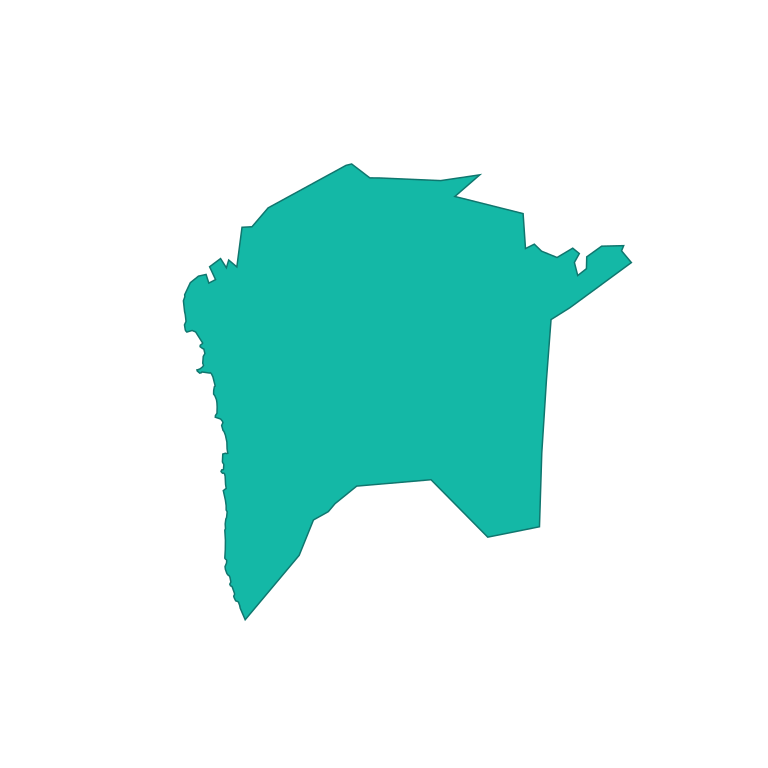 outline of Greenbrier, West Virginia, United States of America, rotated 134°
{"feature_id": "52423323B57989185183638", "entity_name": "Greenbrier", "entity_type": "district", "adm_level": 2, "iso_a3": "USA", "parent_name": "United States of America", "parent_adm1": "West Virginia", "projection": "albers", "projection_center": [-80.27, 37.976], "detail": "fine", "context": "isolated", "style": "filled", "palette": "teal", "viewbox_px": 768, "rotation_deg": 134, "n_neighbors": 0, "source": "geoboundaries", "source_scale": "gbopen_adm2", "svg_char_len": 2127}
<svg xmlns="http://www.w3.org/2000/svg" viewBox="0 0 768 768"><g transform="rotate(134 384 384)"><path d="M124.8,290.4L123.2,305.6L118.0,307.7L133.7,323.2L151.7,326.5L160.4,318.5L171.4,320.0L164.3,331.5L154.5,334.1L155.2,342.6L172.8,347.4L179.0,362.9L179.0,373.0L188.3,376.3L164.8,402.3L199.9,463.3L167.0,460.4L198.3,484.5L238.5,529.9L245.6,537.4L248.2,560.1L253.1,563.2L337.8,589.7L362.6,588.2L369.9,595.0L402.0,571.2L402.7,581.8L409.9,578.1L407.3,588.7L420.8,590.9L425.9,577.7L433.1,580.1L428.8,588.1L435.3,592.4L445.6,593.7L458.3,589.4L459.5,587.9L463.5,586.1L470.4,577.8L472.2,575.1L476.5,569.9L480.1,568.6L483.0,564.7L483.5,563.7L483.6,561.9L478.8,559.2L477.4,555.7L480.5,542.9L481.1,542.7L483.8,543.1L484.9,542.2L484.5,539.1L484.0,537.9L486.5,534.0L489.7,533.2L495.0,528.8L495.9,526.8L497.6,526.4L500.8,526.8L503.2,527.9L503.7,528.4L503.9,528.2L504.4,527.4L504.2,524.1L502.7,523.2L501.8,523.3L497.3,517.1L496.5,516.7L496.6,515.0L497.8,511.9L502.7,504.0L503.6,504.2L504.0,504.0L507.0,502.0L509.6,499.6L510.0,497.4L511.7,493.6L513.5,491.2L516.4,488.1L521.1,483.8L523.7,483.4L525.1,482.3L522.7,477.2L523.0,474.5L523.7,473.0L526.6,472.0L529.2,467.6L529.3,466.1L531.0,462.5L534.9,456.7L539.6,451.9L542.4,448.2L543.4,448.9L544.0,450.0L546.4,451.3L552.1,446.3L552.6,445.5L553.0,443.6L553.5,443.0L556.9,440.2L557.2,440.1L558.6,441.1L560.2,440.4L560.4,438.3L559.4,437.3L559.5,436.1L560.7,434.2L566.4,428.1L568.7,425.0L572.3,425.6L577.8,417.3L581.2,413.0L584.3,410.0L584.8,408.1L589.4,404.5L591.0,404.0L594.9,401.1L595.2,400.8L598.2,397.5L599.7,397.0L606.6,389.5L613.5,383.0L619.8,377.6L620.1,376.4L619.9,375.3L620.3,374.5L622.2,372.9L625.8,371.5L627.6,369.2L629.4,365.5L629.8,363.8L629.5,362.0L630.1,360.5L632.8,356.6L635.1,355.9L635.8,354.2L635.3,353.1L635.4,352.3L638.4,346.2L639.5,345.1L640.4,345.0L641.3,344.4L642.1,342.6L643.0,340.1L642.1,338.1L642.0,337.2L643.5,334.1L645.2,331.6L650.0,320.1L566.2,326.0L530.8,340.3L514.5,335.4L504.1,336.1L476.4,332.7L420.2,283.7L422.1,203.0L378.7,173.0L324.0,222.6L293.5,248.5L268.2,270.0L221.6,308.6L200.1,303.3L124.8,290.4Z" fill="#14b8a6" stroke="#0f766e" stroke-width="1.5"/></g></svg>